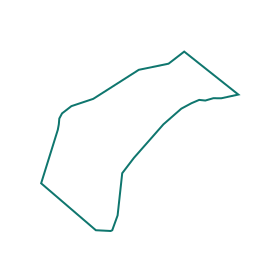 an SVG outline of Šenčur, rotated 43°
{"feature_id": "SVN-985", "entity_name": "Šenčur", "entity_type": "Municipality", "adm_level": 1, "iso_a3": "SVN", "parent_name": "Slovenia", "parent_adm1": "", "projection": "orthographic", "projection_center": [14.43, 46.242], "detail": "fine", "context": "isolated", "style": "outline", "palette": "teal", "viewbox_px": 256, "rotation_deg": 43, "n_neighbors": 0, "source": "natural_earth", "source_scale": "10m", "svg_char_len": 447}
<svg xmlns="http://www.w3.org/2000/svg" viewBox="0 0 256 256"><g transform="rotate(43 128 128)"><path d="M117.0,33.8L185.9,28.3L175.9,42.7L170.1,48.0L165.8,55.2L160.9,58.9L157.5,66.6L153.8,77.5L151.4,101.1L152.7,145.8L154.6,165.0L180.0,199.0L186.2,213.5L185.6,215.1L174.2,224.7L102.2,227.7L77.9,177.2L74.9,172.5L71.3,167.9L69.8,162.3L71.7,150.6L82.7,130.4L96.2,78.1L113.8,53.3L117.0,33.8Z" fill="none" stroke="#0f766e" stroke-width="2"/></g></svg>